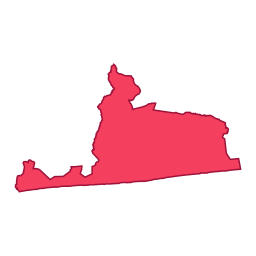 Grands Ponts, Lagunes, Ivory Coast
{"feature_id": "98640826B83353125268201", "entity_name": "Grands Ponts", "entity_type": "district", "adm_level": 2, "iso_a3": "CIV", "parent_name": "Ivory Coast", "parent_adm1": "Lagunes", "projection": "albers", "projection_center": [-4.906, 5.455], "detail": "fine", "context": "isolated", "style": "filled", "palette": "rose", "viewbox_px": 256, "rotation_deg": 0, "n_neighbors": 0, "source": "geoboundaries", "source_scale": "gbopen_adm2", "svg_char_len": 5820}
<svg xmlns="http://www.w3.org/2000/svg" viewBox="0 0 256 256"><path d="M114.9,65.3L113.6,64.3L113.0,65.6L111.5,66.2L111.4,66.7L111.5,67.3L111.3,68.0L111.4,68.8L110.6,71.0L110.7,71.3L111.1,71.8L111.0,72.0L109.7,72.4L109.4,72.6L109.2,73.1L108.2,74.2L108.3,74.8L109.0,75.7L109.0,76.1L108.4,77.5L108.5,79.2L108.6,79.9L109.6,81.9L110.8,83.4L110.9,84.4L111.2,85.1L112.3,86.0L112.7,87.0L113.3,87.9L114.3,88.2L114.4,88.6L114.0,89.1L113.7,89.8L112.6,90.1L112.2,90.6L112.0,91.3L112.6,91.9L112.5,92.1L112.0,92.2L111.4,92.5L110.9,94.0L110.2,95.0L109.9,95.1L109.3,95.0L108.6,95.4L107.1,95.5L106.7,95.8L106.0,96.5L104.8,96.3L104.5,96.4L104.2,96.8L104.0,97.4L103.5,97.7L103.4,98.1L103.6,98.6L103.5,99.0L102.6,100.5L102.2,100.8L101.5,103.1L100.9,103.8L99.9,104.0L99.0,105.1L98.5,105.9L97.7,106.5L97.8,107.3L98.1,107.6L98.6,107.8L98.8,108.3L98.8,108.8L99.3,108.9L99.5,109.1L100.2,109.3L100.5,110.4L100.9,111.1L100.8,112.0L101.8,113.3L101.6,113.8L101.0,114.9L101.4,115.2L101.9,116.4L101.8,117.2L102.3,118.5L102.1,119.6L102.1,119.9L102.3,120.1L101.8,120.4L101.4,121.4L101.4,121.7L101.0,122.4L100.3,122.7L100.2,123.1L100.4,123.6L100.4,124.5L99.9,125.0L99.7,125.8L99.9,126.0L99.9,126.6L99.2,127.0L99.2,127.7L99.1,127.9L99.1,128.3L98.7,129.1L98.6,130.2L98.1,130.7L98.1,131.1L97.4,131.4L97.5,131.7L97.3,131.9L97.1,132.3L97.1,132.8L96.8,133.3L96.4,133.4L96.2,133.6L96.2,135.6L95.7,136.1L95.7,136.4L95.8,136.6L95.8,137.8L95.1,138.0L94.4,139.3L94.3,139.5L94.5,140.0L94.5,140.9L94.5,141.1L94.3,141.3L94.4,141.5L94.4,142.0L93.9,142.5L93.6,142.7L93.6,143.0L93.8,142.9L93.9,143.5L93.0,144.2L93.4,144.5L93.4,144.9L93.0,145.4L93.4,146.4L93.4,146.7L93.7,146.7L93.8,146.9L93.5,147.6L93.5,147.9L93.7,148.6L94.0,148.6L94.1,148.9L93.9,149.1L94.1,149.4L93.8,149.6L93.6,149.4L93.4,149.9L92.9,150.1L92.7,150.0L92.7,150.4L92.5,150.7L92.0,150.9L92.2,151.7L92.4,151.8L92.8,152.5L92.7,153.1L98.2,159.0L98.7,159.9L98.7,160.1L98.6,160.7L98.2,161.5L97.7,161.8L96.7,162.1L95.7,163.3L95.4,164.2L95.4,165.0L95.2,165.1L93.9,166.1L93.0,166.2L92.1,166.5L92.1,173.8L85.1,177.2L80.3,173.7L80.9,171.3L81.5,170.2L81.6,168.3L81.9,166.9L81.8,166.0L75.2,166.7L71.1,166.8L71.5,168.6L71.0,169.3L70.2,170.0L70.3,171.2L63.3,176.4L54.6,176.6L50.2,179.6L39.4,169.5L38.1,169.3L37.8,168.9L36.9,168.7L34.8,168.6L33.7,168.9L33.3,168.8L33.3,167.7L33.6,167.3L33.7,166.8L34.0,166.0L33.9,165.5L34.5,163.7L34.5,162.5L33.5,161.7L31.7,161.2L30.4,160.1L29.4,160.0L28.5,160.5L28.4,161.5L28.1,162.6L27.3,161.9L25.9,161.6L24.0,161.7L23.7,162.0L23.2,162.8L23.2,163.4L23.5,163.8L24.2,166.0L24.4,166.6L24.4,167.7L24.1,168.5L24.2,169.1L24.1,169.7L23.8,170.0L23.6,170.4L23.8,171.6L23.2,172.2L23.5,173.1L22.6,174.1L21.8,174.6L21.1,175.5L20.1,175.6L19.0,175.6L17.8,175.9L17.6,176.2L17.5,176.7L17.1,177.2L17.0,177.8L17.1,178.3L16.6,180.6L16.8,181.1L16.6,181.6L16.5,182.1L16.7,182.4L16.6,183.5L16.8,184.0L16.5,184.3L16.1,184.4L15.6,185.0L15.8,185.3L15.8,185.8L15.5,186.1L15.4,186.7L15.7,187.0L15.6,187.5L16.0,187.7L16.7,188.5L17.2,188.3L17.1,188.7L17.4,189.1L17.0,189.3L17.4,189.6L17.9,189.8L19.0,191.1L19.2,191.7L27.9,190.2L30.2,190.1L31.5,189.7L37.4,189.2L39.8,188.5L43.0,188.4L47.0,187.7L54.0,187.1L57.5,187.1L61.6,186.3L70.4,186.2L72.8,185.7L81.9,185.1L83.2,185.4L88.7,185.1L89.4,184.8L93.1,184.8L102.6,184.1L104.0,184.4L104.7,184.3L106.0,183.9L109.9,183.9L110.4,184.0L111.0,183.8L119.0,183.4L120.1,182.8L124.5,182.4L126.7,182.7L128.2,182.5L130.6,182.5L133.6,181.7L140.3,181.3L145.0,181.3L152.3,180.0L154.0,179.3L156.5,179.2L160.7,178.4L163.2,178.4L164.2,178.1L165.1,177.7L175.9,176.2L184.5,175.1L195.6,174.0L199.9,173.7L200.5,173.1L207.3,173.0L208.7,172.4L215.9,171.6L219.1,171.4L221.8,171.0L225.3,171.0L230.9,170.1L240.6,169.2L238.6,158.6L230.3,159.4L226.4,153.5L224.6,138.8L222.9,137.7L222.6,137.5L222.5,137.2L222.7,136.1L223.1,135.7L223.4,134.5L223.7,134.0L224.4,133.8L225.9,133.7L226.5,133.4L227.2,133.3L227.6,132.4L227.2,132.1L227.3,131.8L227.6,131.7L227.8,131.8L227.9,131.6L228.3,129.2L228.0,128.6L227.3,127.8L226.5,128.0L226.4,127.7L225.8,128.0L225.6,125.3L225.6,125.0L225.0,124.3L225.3,123.4L225.4,122.8L220.6,120.7L220.0,120.6L219.3,119.5L219.0,119.3L217.8,119.4L217.4,118.8L216.3,118.8L215.3,118.1L214.3,118.0L213.2,116.7L212.4,116.4L212.2,116.2L211.3,116.1L211.1,115.7L210.4,115.4L210.2,115.5L210.0,115.8L209.7,115.8L209.3,115.4L208.9,115.6L208.0,115.4L206.8,115.8L206.7,116.0L206.4,116.1L206.1,116.1L206.0,115.8L205.6,116.0L205.4,115.8L205.3,115.6L205.0,115.5L204.8,115.0L204.2,115.3L203.9,115.2L203.5,115.4L203.3,115.2L202.4,115.6L201.9,115.7L201.7,115.4L201.1,115.4L200.3,115.1L200.1,114.5L199.7,114.4L199.3,114.5L198.8,114.8L198.3,114.8L197.6,114.2L196.2,114.1L195.5,113.5L195.2,113.9L194.8,114.0L194.3,113.8L193.9,113.9L193.7,113.5L193.4,113.8L193.0,113.9L192.2,113.5L191.3,113.5L190.9,113.2L190.4,112.5L190.0,112.3L189.2,112.7L188.8,112.7L187.9,112.2L186.3,112.5L185.4,112.5L184.8,113.1L183.2,114.2L182.2,114.3L178.4,113.4L177.6,113.4L177.0,112.9L176.1,112.5L175.5,112.5L174.6,112.9L174.0,113.0L153.4,110.0L155.7,103.3L154.7,103.1L153.9,103.3L153.3,103.1L152.0,103.4L151.6,103.2L150.7,103.7L148.7,103.9L147.8,104.4L146.7,105.3L144.7,106.2L143.9,106.3L143.8,106.6L132.4,109.4L132.5,107.4L132.4,107.1L131.9,106.5L131.8,105.4L131.4,105.1L131.0,103.9L130.3,103.2L129.9,103.1L129.8,101.9L129.2,101.4L128.9,101.0L128.8,100.1L129.1,99.8L130.0,100.3L130.7,100.4L131.2,100.6L133.2,99.7L133.4,99.5L134.4,97.4L135.1,96.3L137.0,94.8L138.2,94.2L139.2,93.6L140.4,91.3L140.3,90.4L139.4,88.4L138.1,86.6L137.5,86.1L135.9,85.2L135.2,84.7L134.1,83.0L133.4,80.7L133.5,79.4L133.4,78.9L132.5,78.0L132.3,77.5L131.5,77.0L131.6,76.7L131.5,76.4L131.3,76.3L131.1,75.9L126.6,75.7L125.2,75.8L121.9,74.3L120.5,73.8L119.0,73.8L118.6,73.6L116.3,71.6L116.3,71.0L116.6,70.1L116.7,68.8L116.6,68.5L116.0,68.2L116.1,67.6L115.8,67.0L115.5,66.6L115.6,66.2L114.9,65.3Z" fill="#f43f5e" stroke="#9f1239" stroke-width="1.5"/></svg>